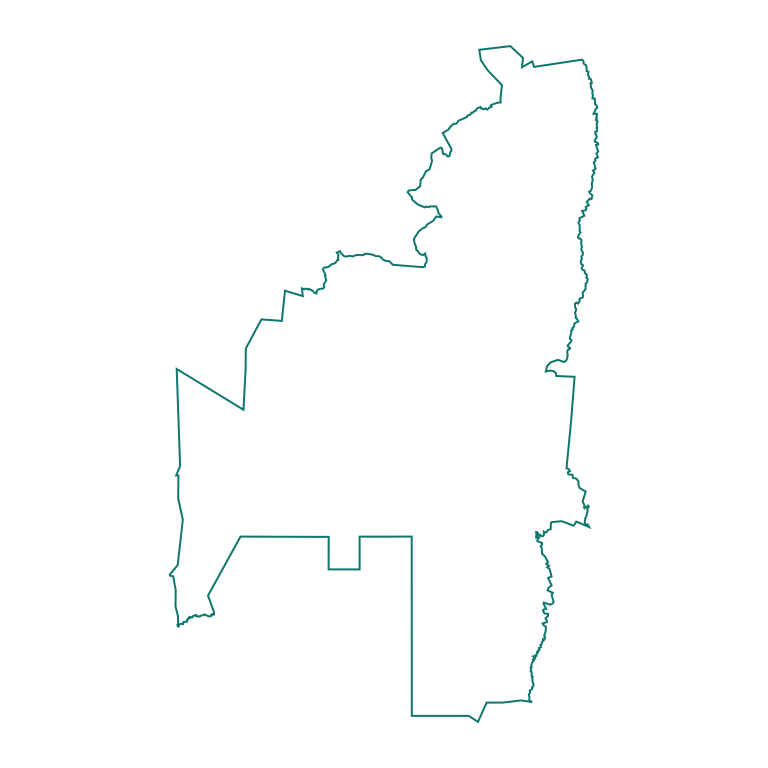 Casas Grandes, Chihuahua, Mexico (Natural Earth projection)
{"feature_id": "50627088B75483680253785", "entity_name": "Casas Grandes", "entity_type": "district", "adm_level": 2, "iso_a3": "MEX", "parent_name": "Mexico", "parent_adm1": "Chihuahua", "projection": "natural_earth1", "projection_center": [-108.11, 30.215], "detail": "fine", "context": "isolated", "style": "outline", "palette": "teal", "viewbox_px": 768, "rotation_deg": 0, "n_neighbors": 0, "source": "geoboundaries", "source_scale": "gbopen_adm2", "svg_char_len": 6095}
<svg xmlns="http://www.w3.org/2000/svg" viewBox="0 0 768 768"><path d="M582.2,59.6L534.1,66.9L532.2,61.4L522.0,67.2L523.0,57.9L510.3,46.1L479.3,49.8L480.9,60.3L487.7,70.3L501.9,85.1L500.4,99.4L500.7,102.4L497.7,102.7L492.1,104.5L490.7,105.4L491.6,106.7L488.9,107.9L487.4,109.6L485.6,108.4L484.3,109.1L481.4,108.7L480.5,107.0L477.0,108.5L475.8,110.7L474.2,111.1L472.9,112.7L471.5,112.6L470.2,114.7L467.4,115.6L466.9,117.1L458.5,120.7L456.5,123.6L453.5,123.9L450.3,126.8L448.4,129.6L442.7,133.0L451.3,148.7L451.4,151.0L450.4,152.0L449.4,156.1L447.7,156.5L446.1,154.6L443.1,153.9L442.0,148.4L440.3,147.6L431.7,153.4L431.2,157.8L432.1,160.7L430.4,166.7L429.3,169.7L426.1,171.0L423.0,177.3L420.7,179.7L420.2,186.2L415.5,189.9L409.2,190.4L408.1,191.2L407.7,192.3L412.1,197.7L411.9,199.0L412.8,200.3L417.9,204.5L424.7,207.4L426.0,206.6L428.7,207.2L429.7,206.5L436.1,206.4L438.1,210.8L438.4,213.1L441.4,216.5L441.4,217.2L436.3,216.5L433.1,220.9L427.1,224.5L425.4,227.3L423.1,228.0L419.0,231.1L413.9,238.8L414.6,243.6L416.2,247.0L416.0,248.5L416.6,250.3L417.4,250.3L419.2,253.3L421.2,254.6L423.3,255.0L424.8,253.8L424.7,254.6L425.6,255.1L425.6,256.4L426.8,257.8L426.6,261.8L425.2,264.1L424.8,266.6L422.9,267.2L392.9,264.8L389.2,261.2L385.1,260.7L382.3,259.0L381.4,257.5L378.6,256.1L376.0,256.2L373.4,254.9L368.3,253.8L364.4,253.9L363.3,255.2L356.6,254.9L352.8,256.4L350.0,255.8L345.8,256.6L344.1,256.1L341.0,253.2L339.9,251.1L336.8,252.6L338.4,254.5L338.0,257.7L338.4,260.0L337.1,260.3L335.3,263.1L331.6,264.3L328.4,266.9L324.0,267.7L322.9,269.2L325.5,275.0L324.8,275.5L326.3,280.2L324.0,283.9L323.8,285.2L324.4,286.5L323.8,287.9L322.8,288.7L320.2,288.8L317.5,289.9L316.7,291.1L316.5,293.5L314.3,292.7L312.9,290.9L308.6,288.8L307.8,289.5L306.0,288.6L304.1,289.2L301.9,288.4L302.8,296.1L285.0,290.7L281.8,320.9L261.4,319.4L245.8,348.5L245.6,369.6L243.5,409.8L176.7,369.0L180.1,466.0L176.2,475.4L178.4,475.5L178.2,498.4L182.8,519.6L177.7,565.1L169.8,574.5L170.1,575.7L173.2,576.3L175.7,590.2L175.5,606.2L178.0,616.5L178.1,624.3L177.4,625.0L178.0,626.6L178.7,626.4L179.1,624.5L181.0,623.8L183.1,624.1L183.5,622.0L187.2,621.6L187.0,619.9L188.6,618.1L189.0,618.6L189.9,618.1L189.8,616.9L192.1,617.5L193.1,616.0L195.8,615.0L196.1,616.1L196.9,615.7L197.8,616.5L199.9,616.6L200.2,615.7L203.7,615.2L204.2,614.4L209.4,616.6L211.1,615.9L210.9,615.3L212.4,614.1L213.1,614.8L214.1,614.4L213.8,611.4L208.0,595.6L240.5,536.6L328.7,536.9L328.6,569.4L359.6,569.4L359.6,536.7L411.7,536.6L411.8,715.9L468.8,715.9L478.0,721.9L486.6,702.6L502.5,702.6L521.4,700.4L531.3,702.0L531.3,701.4L529.3,701.1L529.4,696.9L528.8,694.4L530.1,692.9L529.7,690.6L531.9,689.3L532.4,687.9L532.0,687.2L533.3,686.2L533.6,684.7L532.3,680.7L532.6,679.7L532.0,677.5L532.7,676.8L531.6,676.2L531.7,672.4L530.7,671.4L531.2,670.5L530.7,667.7L531.7,667.1L531.2,666.0L531.9,663.0L533.0,661.6L532.9,660.6L533.7,660.6L533.2,659.5L534.9,658.8L533.9,658.0L535.4,656.7L534.0,656.2L536.4,655.6L536.0,654.8L536.7,654.3L537.3,651.6L538.1,652.0L538.5,650.1L539.5,649.9L538.8,648.2L541.0,647.2L540.4,644.9L541.4,644.5L542.4,641.5L543.6,640.7L542.9,639.8L543.1,638.9L543.9,639.4L544.9,638.5L544.9,636.8L544.2,635.7L545.5,631.9L546.0,626.9L543.2,624.8L542.5,623.5L547.0,622.1L547.1,621.2L545.5,618.5L548.0,615.9L548.0,613.9L544.5,613.5L543.0,610.8L543.3,609.7L546.2,608.9L543.5,603.6L543.8,602.6L550.1,604.7L552.4,603.7L553.6,602.1L551.6,594.8L553.0,593.0L547.5,590.3L548.7,587.7L551.6,585.4L548.1,577.9L551.6,576.5L549.5,568.8L547.2,567.3L549.0,565.9L546.2,563.9L548.1,562.3L544.9,556.4L542.0,553.7L541.8,547.9L540.6,546.3L542.0,544.8L542.0,542.9L537.3,541.1L537.5,539.8L539.2,537.4L538.3,536.6L537.4,537.7L536.1,537.7L536.5,534.0L536.0,532.1L537.2,532.1L538.4,534.2L538.1,534.9L540.3,534.8L540.9,536.0L542.9,536.2L543.9,534.9L543.8,531.6L545.8,532.7L548.0,530.1L550.7,529.1L550.9,522.9L551.9,522.1L561.7,521.2L573.7,525.7L576.3,521.6L589.2,527.1L587.6,524.3L585.8,525.4L584.7,522.2L585.4,517.8L586.8,515.5L586.7,513.5L587.7,511.8L587.3,509.2L588.8,506.4L588.1,505.6L584.5,508.3L583.9,507.3L584.5,506.4L584.3,505.0L582.6,501.6L585.7,491.6L579.6,488.0L578.3,484.1L578.6,481.6L576.4,478.6L573.0,478.0L572.5,474.8L569.2,474.6L568.0,473.7L567.9,472.2L569.9,471.1L568.6,469.0L566.5,468.4L571.1,421.2L574.6,376.8L556.3,376.0L555.8,373.1L554.2,371.5L550.0,370.5L545.8,371.5L547.0,366.2L550.8,362.3L557.9,359.9L564.0,362.0L566.1,360.7L567.1,358.6L567.7,354.8L567.1,351.8L568.3,349.3L569.7,349.2L570.0,347.9L567.9,346.4L567.7,345.4L571.3,341.2L571.4,339.9L569.9,338.9L569.8,338.0L571.5,332.2L571.1,330.6L572.8,329.2L572.3,328.2L574.0,326.4L574.5,323.4L578.3,321.4L576.7,318.3L575.7,318.0L575.8,315.1L575.0,312.8L576.3,309.5L575.2,307.6L575.0,303.7L576.5,302.6L578.1,303.5L579.7,300.7L579.6,298.7L582.7,297.5L583.1,295.4L582.5,293.0L585.6,289.0L585.6,283.6L587.2,282.2L587.6,278.9L586.3,277.6L587.0,275.7L586.5,274.3L584.9,273.2L584.6,270.6L582.6,269.8L581.6,268.3L583.1,265.4L581.3,264.1L580.7,261.3L581.9,259.0L581.4,256.4L582.8,254.9L582.9,252.5L581.3,249.8L582.0,246.3L581.2,244.0L581.4,239.8L580.2,238.6L578.6,238.4L578.0,236.9L579.0,234.4L580.5,232.8L579.7,231.3L579.7,225.3L578.4,222.4L579.8,220.7L579.4,218.2L584.4,215.7L582.1,210.9L585.7,210.3L586.4,208.6L585.7,207.0L588.8,205.2L586.8,202.0L589.6,198.7L590.5,199.3L591.6,198.9L592.3,195.2L590.1,193.5L589.1,191.7L591.1,190.6L592.2,186.7L591.8,184.0L592.7,179.7L592.0,176.5L594.3,172.9L593.0,170.5L595.6,168.8L593.8,162.2L595.4,160.9L595.1,158.9L598.0,157.3L596.4,153.5L598.2,151.4L596.0,144.9L598.2,144.4L598.1,143.3L594.7,141.5L595.1,139.7L596.7,137.4L596.2,134.7L595.2,133.9L595.4,131.6L596.8,131.6L597.2,130.4L596.6,128.0L597.2,127.9L597.3,126.8L596.5,124.4L597.4,122.5L597.3,120.9L596.4,120.9L595.9,119.7L596.3,118.5L596.9,118.5L596.4,116.7L597.1,115.0L596.9,113.8L593.6,113.8L596.0,108.7L597.2,107.9L597.0,106.1L595.1,104.2L594.8,98.6L592.5,98.5L592.9,95.2L592.2,92.6L592.8,90.9L591.0,87.7L590.6,83.3L591.8,83.1L591.2,80.0L590.4,78.6L589.2,78.8L589.0,76.5L588.1,75.4L588.4,71.7L586.7,71.3L586.4,66.2L585.9,65.1L584.2,64.2L583.5,63.1L583.5,61.2L582.2,59.6Z" fill="none" stroke="#0f766e" stroke-width="2"/></svg>